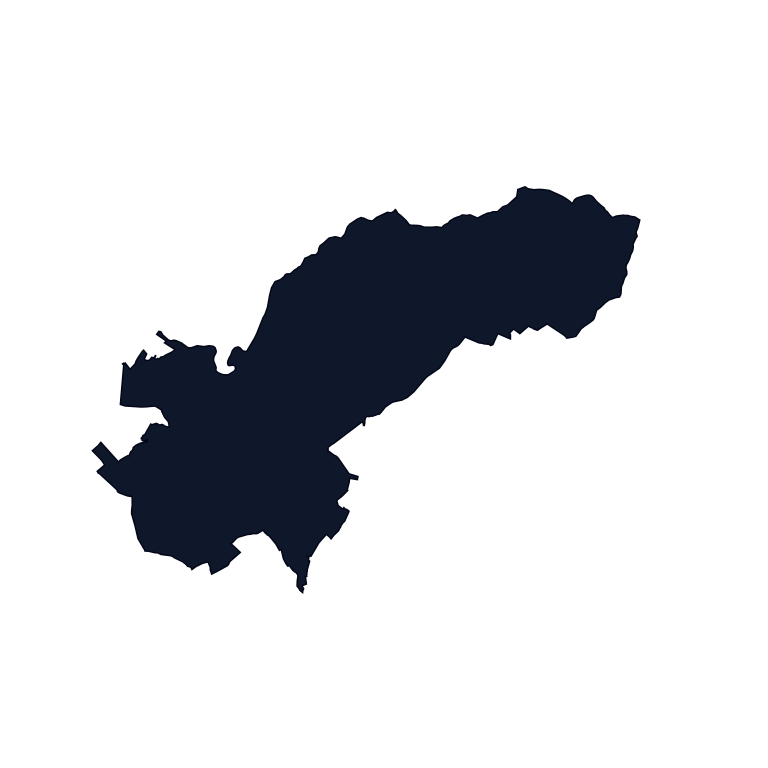 outline of Mica, Mures, Romania, rotated 248°
{"feature_id": "2599482B15916866483614", "entity_name": "Mica", "entity_type": "district", "adm_level": 2, "iso_a3": "ROU", "parent_name": "Romania", "parent_adm1": "Mures", "projection": "mercator", "projection_center": [24.41, 46.338], "detail": "fine", "context": "isolated", "style": "filled", "palette": "ink", "viewbox_px": 768, "rotation_deg": 248, "n_neighbors": 0, "source": "geoboundaries", "source_scale": "gbopen_adm2", "svg_char_len": 6157}
<svg xmlns="http://www.w3.org/2000/svg" viewBox="0 0 768 768"><g transform="rotate(248 384 384)"><path d="M515.9,196.7L517.2,195.0L515.2,191.8L505.3,198.3L504.4,195.9L494.0,203.3L493.0,198.8L492.6,192.1L492.1,190.0L492.1,189.0L492.6,187.2L491.4,184.8L492.2,184.2L492.5,183.4L492.2,182.2L494.2,180.1L494.4,181.5L494.9,182.2L495.6,182.9L496.0,182.6L495.2,181.9L494.7,180.8L494.9,179.8L495.8,178.7L494.3,176.1L494.0,175.1L494.2,174.0L495.0,172.4L496.6,170.8L500.7,175.2L505.4,173.8L504.9,172.3L500.5,165.7L498.0,162.6L496.0,161.0L492.8,154.1L500.4,151.9L500.0,151.0L500.8,150.6L500.6,148.5L499.9,150.2L463.8,131.9L460.7,135.6L453.7,150.1L451.9,155.0L449.7,162.4L449.1,163.7L443.0,168.2L442.3,167.7L441.6,167.7L435.3,168.1L429.9,169.9L425.1,169.0L425.1,167.5L426.9,165.2L428.2,164.4L429.7,163.0L430.1,160.3L431.7,159.3L432.9,157.8L433.0,154.6L433.8,153.0L434.2,152.7L426.9,143.5L426.5,142.5L426.7,141.5L426.5,141.1L425.3,140.0L424.7,138.6L424.2,138.4L423.8,139.2L422.3,138.6L421.2,140.1L421.1,141.8L420.6,141.8L420.8,143.6L419.6,142.8L418.7,143.5L419.3,142.5L420.2,137.8L420.4,134.5L420.0,130.7L419.1,127.8L416.7,126.0L416.1,123.8L413.1,120.8L413.0,120.2L413.5,119.6L413.1,115.8L412.3,110.9L411.2,108.6L436.0,99.6L434.0,96.0L431.4,88.6L419.2,93.6L413.6,94.7L410.5,85.4L408.4,85.7L407.3,86.7L385.9,96.8L384.3,96.6L383.2,97.0L381.4,98.6L376.3,104.3L373.9,108.3L365.6,105.0L361.2,102.6L358.3,101.4L345.4,100.0L332.8,98.0L319.1,100.0L318.7,99.8L317.1,103.1L313.5,108.2L312.1,111.1L309.5,113.3L305.4,120.7L303.9,122.9L301.0,124.9L294.7,130.7L290.9,132.9L288.6,133.6L286.5,136.3L283.9,136.4L285.1,140.9L285.7,148.4L285.0,154.2L278.5,154.2L277.0,153.3L272.3,153.0L272.8,159.3L274.2,170.8L275.0,172.3L276.7,173.9L277.4,175.3L281.7,187.7L293.3,182.3L293.7,184.1L296.3,189.7L296.5,192.4L295.6,200.9L294.6,204.4L294.3,206.6L292.9,210.0L292.9,211.7L293.5,215.3L294.0,216.2L292.7,217.5L291.4,217.6L287.6,219.4L286.5,220.4L283.0,221.7L275.7,223.9L268.9,224.7L269.0,226.7L259.7,225.3L254.8,225.7L251.2,226.5L250.9,228.3L245.8,229.5L243.1,230.9L241.9,231.9L240.7,232.1L240.0,232.7L238.1,232.2L234.3,230.0L230.0,228.0L228.9,227.7L226.2,228.6L224.3,228.7L221.1,230.4L222.8,231.3L224.2,232.8L227.6,232.3L227.6,237.1L234.8,239.0L234.6,240.3L236.8,241.0L236.8,241.4L239.2,242.2L239.1,242.7L240.4,243.2L247.6,248.7L249.3,247.9L251.1,249.3L252.2,249.0L253.1,248.3L252.7,249.9L251.6,251.7L261.2,264.2L266.2,274.3L262.1,276.4L260.2,276.9L262.5,280.8L265.0,287.0L266.7,288.6L267.4,290.0L268.6,290.8L271.0,294.5L271.4,296.0L278.5,303.4L279.2,303.9L281.5,302.6L282.8,301.0L284.4,300.5L283.3,299.1L288.5,295.9L293.2,296.5L293.9,297.0L295.9,303.6L298.9,310.5L299.9,310.5L305.7,314.7L309.4,316.8L305.3,323.5L308.0,325.2L313.8,318.0L332.8,313.7L334.9,312.7L337.2,310.7L341.9,307.9L342.1,307.7L341.8,306.6L346.3,308.5L347.5,313.0L348.0,315.9L357.1,349.4L355.3,350.0L353.3,349.5L352.9,350.1L354.7,351.4L357.6,352.7L359.9,354.4L360.2,355.3L360.1,356.5L359.2,358.3L359.3,359.6L358.5,360.9L358.2,367.4L357.8,368.3L358.6,370.3L362.2,376.7L363.8,383.8L363.9,386.1L362.4,394.7L362.9,400.7L365.6,408.8L373.4,423.7L374.7,426.7L377.9,441.3L382.6,448.8L390.1,458.2L391.4,461.1L391.8,466.2L392.6,468.6L397.0,476.3L397.0,476.9L386.5,487.5L385.2,490.0L383.7,491.9L381.6,496.0L379.7,497.4L379.8,499.8L388.1,508.4L378.4,518.1L382.2,519.7L384.1,519.5L386.2,524.2L386.2,524.8L385.4,525.4L379.8,528.8L383.4,539.3L383.3,539.9L381.5,541.2L380.9,542.2L378.8,543.6L376.3,546.5L377.1,549.7L378.5,557.8L362.8,568.6L360.7,569.8L358.0,570.7L356.6,577.4L356.4,579.8L361.3,587.5L362.5,591.5L363.8,597.5L365.0,601.8L366.2,603.6L372.4,608.5L372.9,609.4L374.0,613.5L376.4,619.4L377.6,623.8L377.3,631.3L376.4,634.9L378.1,636.9L379.3,637.7L384.9,640.4L386.2,641.3L387.8,643.1L392.3,646.8L394.5,650.1L397.2,651.2L401.1,651.8L403.7,653.3L404.7,654.8L407.0,657.4L408.5,658.9L411.3,661.0L414.3,664.4L417.2,666.3L420.3,667.3L424.9,672.2L426.0,674.0L430.4,674.6L433.6,677.7L440.2,682.6L444.8,679.3L446.9,675.8L449.1,673.0L449.9,670.6L450.7,669.6L452.3,664.0L452.7,662.0L452.7,658.1L456.4,656.5L460.0,655.6L462.0,654.3L465.0,654.0L468.6,651.9L473.4,649.6L479.3,647.7L480.9,646.6L482.1,645.2L482.9,643.3L483.4,640.9L484.2,632.9L483.9,631.0L483.1,629.2L481.6,627.4L480.9,625.9L483.8,624.7L488.1,621.9L491.6,619.2L501.6,609.7L505.3,603.1L506.6,600.1L508.0,595.7L511.2,590.5L514.0,588.7L514.2,580.9L508.5,577.6L507.7,576.7L503.8,566.2L503.6,564.5L503.8,560.5L501.4,554.2L501.4,553.2L502.6,550.2L503.1,548.0L502.8,547.6L502.9,546.8L503.5,544.6L503.6,542.8L503.4,538.6L502.8,532.9L508.6,527.2L509.4,523.7L511.2,520.4L511.4,519.1L511.0,517.1L511.3,514.5L511.3,510.8L510.7,507.3L510.4,506.0L509.2,504.2L508.9,500.7L508.5,498.5L507.3,496.4L510.0,491.7L511.6,486.6L514.5,479.8L517.2,476.8L519.1,473.2L520.9,468.8L522.2,467.1L527.3,465.7L534.2,462.5L537.1,460.7L540.3,460.3L541.5,459.8L540.6,458.2L540.0,455.6L540.6,453.5L541.9,451.6L541.2,439.5L539.7,435.0L539.7,434.2L539.8,433.4L540.6,432.5L541.9,430.4L545.4,427.4L546.1,425.9L546.9,425.3L546.9,421.2L545.0,412.1L543.2,408.8L537.7,403.9L535.4,399.3L535.6,398.2L537.4,396.1L538.8,394.0L539.8,388.5L539.8,387.4L537.4,381.1L536.2,376.6L534.1,374.4L531.4,372.8L530.2,371.2L529.5,369.2L529.4,368.8L530.3,366.8L530.8,364.9L530.2,362.1L530.2,357.7L527.6,355.0L525.3,352.2L524.4,350.7L524.4,348.3L523.7,346.9L523.2,343.6L521.5,339.4L521.5,337.7L522.5,335.1L522.4,334.0L522.2,333.1L521.1,331.8L519.6,327.2L519.7,321.3L515.4,315.8L509.1,311.2L498.6,304.6L493.1,299.7L490.8,296.7L478.4,284.9L474.9,281.0L465.8,269.0L466.0,267.9L467.6,265.5L471.4,264.1L473.0,262.7L473.4,260.3L473.3,259.2L472.3,256.8L471.5,255.7L468.3,252.9L466.2,250.2L463.4,247.5L461.6,246.7L459.9,246.5L459.0,247.3L458.2,250.7L457.3,252.1L456.4,252.5L454.4,252.3L453.1,251.4L452.1,250.1L451.0,243.8L451.1,242.5L452.5,239.0L453.9,237.1L456.4,234.6L458.9,233.2L459.7,233.3L462.3,234.6L469.1,234.7L470.5,235.1L473.0,236.6L476.0,240.0L477.5,240.8L480.8,241.0L482.6,240.1L483.4,239.1L485.0,236.1L485.8,232.8L486.0,231.3L489.5,225.1L489.7,219.9L490.2,217.6L490.8,216.4L492.1,215.2L497.8,211.7L501.4,208.2L502.7,206.7L503.4,205.4L503.8,202.7L505.4,200.7L512.2,197.3L515.9,196.7Z" fill="#0f172a" stroke="#020617" stroke-width="1.5"/></g></svg>